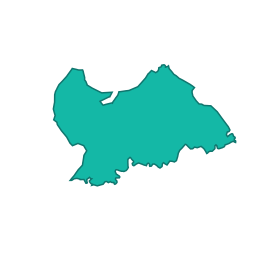 Firestone, Margibi, Liberia (Mercator projection), rotated 49°
{"feature_id": "62588387B74380915330894", "entity_name": "Firestone", "entity_type": "district", "adm_level": 2, "iso_a3": "LBR", "parent_name": "Liberia", "parent_adm1": "Margibi", "projection": "mercator", "projection_center": [-10.331, 6.374], "detail": "fine", "context": "isolated", "style": "filled", "palette": "teal", "viewbox_px": 256, "rotation_deg": 49, "n_neighbors": 0, "source": "geoboundaries", "source_scale": "gbopen_adm2", "svg_char_len": 4596}
<svg xmlns="http://www.w3.org/2000/svg" viewBox="0 0 256 256"><g transform="rotate(49 128 128)"><path d="M46.5,131.0L47.0,132.7L48.3,138.4L48.8,140.4L49.6,146.8L49.8,149.3L50.0,151.6L50.8,153.6L51.2,154.7L52.1,156.7L52.9,158.8L54.8,161.5L60.4,166.5L61.5,167.9L64.7,171.9L70.1,174.5L70.8,174.8L72.2,177.2L72.4,177.5L73.1,178.7L77.0,177.9L79.1,179.1L84.1,179.7L86.2,180.0L86.5,180.0L94.7,180.2L101.4,181.7L104.4,181.5L104.9,181.5L105.4,180.1L106.8,175.9L112.2,173.0L118.1,174.1L118.8,176.2L119.7,179.1L123.7,183.8L124.9,185.3L125.7,186.2L125.8,186.3L126.2,186.9L126.3,187.7L126.3,188.0L126.4,188.7L126.7,191.2L126.8,192.7L127.3,194.6L127.7,196.4L128.6,199.8L129.2,204.1L129.5,205.4L129.6,206.0L130.6,204.8L131.0,201.9L132.5,199.6L133.2,199.1L134.9,197.9L135.5,198.0L138.0,195.0L139.4,195.4L140.9,195.7L141.9,196.0L142.1,195.5L142.5,195.5L142.7,195.0L142.7,194.8L142.6,194.6L142.1,194.5L141.6,194.2L140.6,193.5L139.8,192.9L139.9,190.9L140.0,189.4L141.6,189.4L142.5,188.7L142.6,191.9L143.0,192.1L143.5,192.3L144.5,192.4L145.3,192.4L145.9,192.4L146.3,192.3L146.8,192.0L147.1,191.8L147.2,192.1L147.5,192.9L148.4,191.1L151.5,189.1L153.2,185.5L154.1,183.7L153.5,180.5L154.5,179.1L156.3,178.7L156.8,176.7L156.9,176.4L157.9,176.3L158.9,175.6L159.1,175.3L159.8,174.4L160.2,174.6L160.9,175.0L161.8,174.9L162.0,174.3L162.1,173.8L161.9,172.1L160.8,171.2L158.7,171.2L158.0,170.6L157.8,169.8L158.7,168.8L159.6,167.6L159.9,167.3L159.6,166.3L159.1,166.2L158.4,166.1L156.9,166.6L156.4,166.6L155.2,167.1L153.9,166.7L152.5,166.3L151.7,165.0L151.7,164.3L152.6,163.5L153.1,163.2L154.0,162.8L156.4,161.3L157.5,160.0L158.1,159.7L158.9,157.3L158.6,155.3L158.0,153.7L156.9,153.1L156.7,153.0L155.4,151.9L154.1,150.9L151.6,148.7L151.5,147.6L151.5,146.9L151.4,146.0L151.9,145.5L152.8,145.6L153.7,145.7L154.0,145.7L155.0,145.7L155.3,145.7L156.7,145.6L157.5,146.2L157.5,148.0L158.7,148.7L159.0,148.8L159.4,148.7L160.0,148.6L160.4,148.1L160.7,144.7L161.1,144.0L161.1,143.7L161.4,142.9L164.4,141.2L166.6,140.1L167.7,139.3L168.5,138.8L167.9,137.8L167.8,137.3L167.6,136.7L167.8,135.8L168.1,135.7L168.6,135.5L169.8,135.7L170.5,136.5L171.2,136.7L172.1,135.3L171.5,133.0L171.9,132.5L172.5,131.7L175.2,130.9L175.8,130.9L177.4,130.8L179.2,130.1L179.4,127.6L179.0,127.1L178.8,126.9L177.5,125.3L177.5,123.9L179.3,123.6L181.5,122.8L180.6,119.1L180.4,118.2L182.1,116.5L184.1,115.2L184.4,112.9L182.9,110.5L182.3,109.5L180.0,106.5L178.8,103.7L178.6,100.5L177.9,95.5L178.9,94.9L181.6,94.8L184.8,94.5L185.9,93.1L186.1,92.8L186.1,90.3L188.3,88.7L189.8,84.9L190.5,84.8L192.4,84.4L192.9,84.4L193.8,84.3L196.9,84.8L198.9,85.3L199.1,84.5L198.9,82.6L199.1,82.2L199.2,81.9L199.4,81.0L199.9,80.8L200.8,79.6L200.6,76.0L198.4,73.9L198.4,72.7L199.6,72.5L200.0,72.9L200.4,72.9L201.7,73.7L202.3,73.7L203.2,73.1L203.7,72.1L204.8,69.6L205.2,67.7L205.3,67.5L204.9,66.7L204.4,65.6L205.1,64.4L205.1,64.2L205.7,62.6L206.0,61.6L206.3,59.8L206.3,59.6L207.0,57.4L208.5,56.8L208.8,56.7L209.5,56.3L209.0,55.7L208.1,55.2L207.8,55.3L207.1,55.7L206.0,55.0L205.9,54.4L205.9,53.7L205.2,53.3L204.9,53.4L203.5,53.8L202.7,53.3L202.3,53.3L201.2,52.9L200.5,53.2L199.9,55.1L199.9,56.0L199.9,56.8L199.9,57.8L199.8,58.5L198.9,58.4L198.5,58.3L198.3,58.4L197.6,58.0L197.3,57.8L197.2,57.5L196.8,56.9L196.1,55.5L196.7,54.8L196.7,54.6L196.9,53.9L196.4,52.4L192.9,51.5L188.6,51.2L182.0,50.7L174.2,50.0L172.4,50.2L165.6,50.9L164.6,52.0L163.5,53.1L160.8,55.9L158.4,56.7L156.5,58.6L152.2,58.7L148.5,58.3L146.5,58.1L143.7,56.6L143.2,56.3L141.8,55.0L141.1,51.3L138.2,51.9L135.9,52.5L127.6,55.4L123.9,56.9L122.8,57.0L120.0,57.4L117.6,58.2L114.1,58.0L110.2,58.0L107.7,56.7L107.7,57.1L107.1,59.0L106.7,59.7L106.4,59.3L105.3,59.0L105.1,59.0L104.3,59.1L104.1,59.3L103.5,59.9L102.9,61.1L102.7,61.5L102.9,61.8L103.0,61.9L103.4,62.2L103.4,62.6L103.5,62.9L103.5,63.0L103.5,63.3L103.1,64.1L102.7,65.1L103.4,65.9L103.7,66.3L104.4,67.3L104.6,68.2L104.7,68.9L104.5,70.0L104.4,70.8L103.7,71.0L100.9,72.2L100.1,72.5L100.1,73.0L100.1,74.4L100.4,74.8L100.3,76.8L100.3,77.2L101.4,80.7L101.8,82.0L102.6,87.9L103.3,93.5L100.4,102.5L99.5,103.9L98.4,105.5L95.6,109.9L94.7,111.1L95.1,111.7L95.4,112.1L96.5,114.1L96.9,115.6L97.2,117.3L97.8,119.5L98.4,122.2L98.6,122.6L98.7,122.9L99.0,123.4L98.6,123.5L95.5,129.5L94.5,131.8L94.4,131.8L92.1,131.8L89.5,131.6L92.2,121.4L92.5,121.3L90.6,116.5L90.3,116.9L84.3,124.7L83.5,125.1L74.6,128.8L69.0,130.6L68.8,130.7L68.4,130.5L68.4,130.4L68.2,130.3L65.5,129.4L65.4,129.3L63.8,129.2L63.3,129.2L62.9,128.9L61.6,127.7L61.3,127.5L57.5,125.6L55.7,124.6L54.4,124.2L51.9,127.2L49.8,128.6L49.4,128.9L47.5,130.3L46.5,131.0Z" fill="#14b8a6" stroke="#0f766e" stroke-width="1.5"/></g></svg>